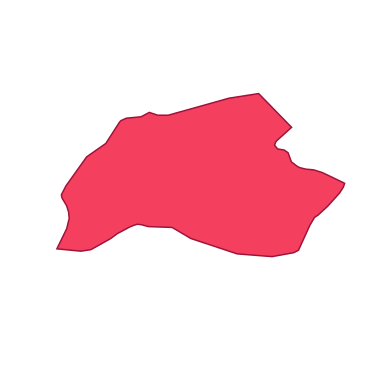 the Department of Sacatepéquez, rotated 250°
{"feature_id": "GTM-1953", "entity_name": "Sacatepéquez", "entity_type": "Department", "adm_level": 1, "iso_a3": "GTM", "parent_name": "Guatemala", "parent_adm1": "", "projection": "natural_earth1", "projection_center": [-90.754, 14.591], "detail": "fine", "context": "isolated", "style": "filled", "palette": "rose", "viewbox_px": 384, "rotation_deg": 250, "n_neighbors": 0, "source": "natural_earth", "source_scale": "10m", "svg_char_len": 891}
<svg xmlns="http://www.w3.org/2000/svg" viewBox="0 0 384 384"><g transform="rotate(250 192 192)"><path d="M100.9,272.2L100.7,271.3L100.2,266.7L103.9,245.1L118.4,213.3L148.6,175.1L165.5,161.2L174.4,139.2L178.5,133.4L180.4,129.6L180.6,126.0L180.4,121.3L178.4,107.3L176.1,99.8L172.4,77.2L174.4,67.3L184.8,45.6L200.4,61.7L209.2,67.6L215.6,69.2L222.0,69.5L230.2,67.9L232.2,67.9L234.2,68.4L240.9,75.7L261.1,105.1L267.1,127.6L276.0,139.3L282.5,147.9L283.4,149.7L283.8,155.6L280.1,169.9L281.4,179.1L275.8,186.2L272.3,195.8L267.5,258.9L261.7,288.3L218.7,307.7L211.3,289.4L210.3,287.7L207.7,285.6L203.2,287.2L199.9,293.0L196.0,295.7L186.3,295.7L180.5,299.4L179.2,300.4L177.7,302.1L174.6,306.7L171.3,313.7L170.2,315.2L165.7,321.1L148.0,338.4L144.8,335.9L140.6,330.4L132.2,314.6L127.1,302.3L126.7,300.1L126.0,298.2L120.6,291.6L100.9,272.2Z" fill="#f43f5e" stroke="#9f1239" stroke-width="1.5"/></g></svg>